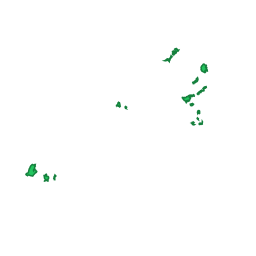 outline of Ongjin-gun, Gyeonggi, South Korea, rotated 304°
{"feature_id": "91817680B43125449030549", "entity_name": "Ongjin-gun", "entity_type": "district", "adm_level": 2, "iso_a3": "KOR", "parent_name": "South Korea", "parent_adm1": "Gyeonggi", "projection": "robinson", "projection_center": [125.875, 37.5], "detail": "fine", "context": "isolated", "style": "filled", "palette": "green", "viewbox_px": 256, "rotation_deg": 304, "n_neighbors": 0, "source": "geoboundaries", "source_scale": "gbopen_adm2", "svg_char_len": 5881}
<svg xmlns="http://www.w3.org/2000/svg" viewBox="0 0 256 256"><g transform="rotate(304 128 128)"><path d="M44.5,70.4L44.4,69.3L44.1,69.0L42.4,68.6L41.3,68.6L40.5,68.9L38.8,69.0L35.3,70.3L34.8,70.2L33.5,69.3L32.5,69.3L32.2,69.9L32.3,71.4L33.0,71.5L33.7,72.2L33.9,73.6L34.9,75.9L36.4,75.9L38.7,76.3L39.4,76.2L39.8,76.8L40.4,76.8L41.0,76.6L41.0,76.0L41.5,74.8L41.3,74.2L41.0,73.9L40.5,73.6L39.8,73.6L40.2,73.2L41.3,73.0L42.0,73.3L42.5,73.2L42.8,73.0L43.3,72.4L43.9,72.2L44.5,72.5L44.8,72.2L44.5,71.8L44.7,71.5L45.5,71.6L45.9,71.5L45.6,71.1L44.9,70.9L44.5,70.4ZM220.9,154.7L220.6,154.4L219.1,154.7L218.7,154.9L218.4,155.4L218.0,155.7L217.1,156.0L217.1,156.9L216.5,157.4L216.9,160.8L217.5,161.0L218.0,160.1L218.4,159.8L219.1,159.8L219.6,160.2L219.0,161.0L219.6,161.9L220.5,161.1L220.7,160.6L220.8,160.1L222.1,159.5L222.0,159.1L221.4,158.7L221.6,158.4L222.4,158.4L222.5,157.9L223.0,157.7L223.5,158.1L223.8,157.7L223.2,156.6L223.5,155.2L222.9,154.7L220.9,154.7ZM184.2,156.7L183.8,156.0L183.4,156.1L183.4,156.5L183.0,157.4L182.7,157.8L182.7,158.3L182.3,159.2L182.5,160.4L181.6,162.1L182.3,162.1L182.8,161.2L183.3,161.1L183.6,161.7L183.2,162.2L183.8,162.3L184.1,162.1L184.6,162.2L184.8,162.7L184.8,163.1L184.3,163.3L185.0,163.7L185.5,163.3L187.5,163.2L187.8,162.7L187.5,162.3L187.7,161.9L188.1,161.9L188.5,162.2L188.9,161.6L189.6,161.2L188.8,160.2L187.5,160.1L187.4,159.6L186.7,159.1L185.6,158.9L185.2,158.6L185.0,157.9L184.5,157.9L184.2,156.7ZM41.9,85.6L41.6,85.0L41.3,85.2L41.5,85.8L41.2,86.0L39.9,86.5L39.1,88.2L38.6,88.7L37.8,88.4L37.3,88.4L37.3,88.5L37.8,88.8L38.0,89.0L38.7,89.4L39.3,89.2L39.6,89.9L39.0,90.8L39.3,91.3L39.8,91.0L39.5,90.7L39.8,90.4L40.5,90.2L41.5,90.4L41.9,90.3L42.3,90.1L43.0,89.4L43.1,88.5L43.0,88.2L42.6,87.9L42.4,87.2L43.5,86.4L43.9,86.4L44.0,86.1L43.3,85.7L41.9,85.6ZM205.0,157.4L202.3,156.6L202.1,156.2L201.8,156.3L201.8,157.0L201.3,157.3L201.5,157.7L202.0,157.5L203.0,158.3L204.0,158.6L205.0,159.2L205.8,159.3L207.1,159.0L207.7,158.6L208.6,157.5L207.1,157.2L206.9,158.1L205.7,157.5L205.0,157.4ZM220.9,124.4L220.9,123.5L220.4,123.4L220.2,123.0L219.8,122.7L219.4,122.6L219.3,123.0L218.9,123.5L216.9,124.8L216.6,125.7L217.0,125.8L217.3,126.0L218.4,125.5L219.9,126.2L220.0,126.6L220.7,126.5L220.4,126.3L220.7,125.4L220.4,125.1L220.3,124.9L220.4,124.5L220.7,124.6L220.9,124.4ZM206.1,121.5L204.8,121.1L204.3,120.7L204.5,121.2L205.0,121.9L205.4,121.9L205.8,122.6L206.3,122.8L206.4,123.1L206.5,123.6L206.1,125.1L206.9,124.7L207.0,124.4L207.3,124.1L207.4,124.6L207.7,124.8L208.7,124.4L209.2,124.3L209.8,124.5L210.3,124.3L211.7,124.7L212.0,123.3L210.3,123.8L209.7,123.7L209.5,123.9L208.9,123.7L207.9,123.3L207.3,121.8L206.5,121.9L206.1,121.5ZM143.1,105.7L142.5,106.1L142.2,106.1L141.2,106.3L140.5,105.8L140.1,106.0L140.3,106.4L140.1,106.6L140.5,106.7L141.1,107.7L141.0,107.9L140.7,108.1L140.9,108.8L140.8,109.3L141.7,109.4L141.8,109.2L142.8,108.3L143.5,107.6L143.9,107.0L144.1,106.9L144.2,106.7L144.0,106.1L144.0,105.8L143.4,105.9L143.1,105.7ZM181.7,176.5L181.3,176.4L180.7,176.6L180.0,176.7L179.2,177.5L180.0,177.4L180.3,177.6L180.4,177.8L180.3,178.3L179.8,178.0L179.6,178.7L179.8,179.1L180.2,179.2L180.6,179.0L181.0,178.6L181.8,178.1L182.1,177.8L182.2,177.3L181.7,176.8L181.7,176.5ZM183.7,167.2L182.6,166.3L182.1,166.8L182.3,167.1L181.8,167.3L181.7,167.7L181.8,168.0L182.6,168.8L184.0,169.1L184.0,168.8L184.3,168.7L183.9,168.2L184.0,167.9L184.3,167.8L184.4,167.6L184.5,167.1L184.3,167.4L183.8,167.5L183.7,167.2ZM200.2,167.9L199.5,167.3L199.0,167.2L198.9,167.2L198.8,167.6L198.1,167.7L197.8,168.2L198.2,168.6L198.8,168.4L200.4,169.0L201.1,170.1L201.5,170.1L201.6,169.8L202.0,169.5L201.0,169.2L200.7,168.7L200.6,167.9L200.2,167.9ZM48.0,94.5L48.2,93.7L47.1,94.0L46.2,94.0L45.1,94.6L44.6,94.7L44.4,95.5L44.0,95.8L44.2,96.2L44.9,95.8L45.2,95.3L46.4,94.8L47.7,95.1L48.0,94.9L48.0,94.5ZM191.5,163.8L191.2,162.8L190.6,162.4L190.6,161.9L190.2,161.4L190.1,161.7L189.3,162.6L189.3,162.8L189.7,163.5L190.3,163.7L191.0,163.4L191.1,163.7L191.1,164.4L191.6,165.7L191.6,165.1L192.0,164.2L192.3,164.1L192.3,163.8L191.5,163.8ZM203.5,168.3L203.0,168.1L202.6,168.1L202.6,168.4L203.1,168.9L203.0,169.2L203.1,169.3L203.8,169.3L204.1,169.4L204.3,169.9L205.0,170.0L205.2,169.7L205.5,169.7L205.6,170.0L206.0,169.6L204.8,168.5L204.4,168.3L204.2,168.4L203.7,168.2L203.5,168.3ZM217.0,122.6L216.3,122.1L216.1,122.2L216.0,122.9L216.0,123.3L215.7,123.6L215.7,124.0L215.4,124.5L215.4,125.1L215.2,125.2L216.3,125.3L216.4,125.0L216.3,124.8L216.7,124.3L217.0,122.9L217.8,122.5L217.2,122.5L217.0,122.6ZM172.3,184.9L171.8,184.6L171.3,184.6L171.0,184.8L170.8,185.2L171.5,186.0L172.4,186.4L172.3,187.1L172.8,187.4L173.7,186.7L174.7,186.4L174.9,186.0L174.4,186.3L174.1,186.3L173.5,186.7L172.9,186.4L172.4,186.2L172.1,185.8L172.5,185.2L172.3,184.9ZM168.1,178.2L167.8,178.0L167.9,178.4L167.6,178.5L167.7,178.8L167.6,179.1L167.4,179.4L167.0,179.5L167.2,180.2L167.5,179.9L167.7,180.3L167.6,180.7L167.4,180.7L167.5,180.9L168.0,181.2L167.8,180.3L168.0,180.2L168.2,180.3L168.0,180.1L168.2,179.9L168.0,179.5L168.1,179.4L168.1,178.9L168.4,178.9L168.4,179.2L168.8,179.1L168.9,179.3L169.4,179.5L169.4,179.2L169.5,179.2L169.6,178.9L169.2,178.5L168.7,178.4L168.6,178.1L168.1,178.2ZM195.1,166.7L195.3,166.3L195.1,166.3L194.9,166.6L194.9,167.1L195.2,167.0L195.6,167.5L195.7,167.2L196.1,167.6L196.7,167.3L196.9,167.6L197.4,167.7L197.4,167.4L197.5,167.1L198.3,167.0L197.3,166.6L196.1,166.6L196.1,166.8L195.7,167.1L195.1,166.7ZM144.6,114.0L144.0,113.8L143.6,114.0L143.3,114.4L143.2,114.6L143.4,114.6L143.2,114.9L143.0,115.0L143.1,115.4L143.2,115.1L143.6,115.1L143.8,115.0L144.3,115.3L144.5,115.2L144.5,114.7L144.6,114.0ZM214.4,124.8L215.0,124.4L215.1,124.2L215.1,123.6L214.8,123.2L214.0,123.7L213.8,124.2L214.4,124.8ZM174.2,181.7L174.7,181.1L175.1,181.0L174.9,180.7L175.2,179.9L174.7,179.9L174.6,180.1L174.7,180.5L174.4,180.6L174.5,181.1L174.2,181.3L174.2,181.7Z" fill="#22c55e" stroke="#15803d" stroke-width="1.5"/></g></svg>